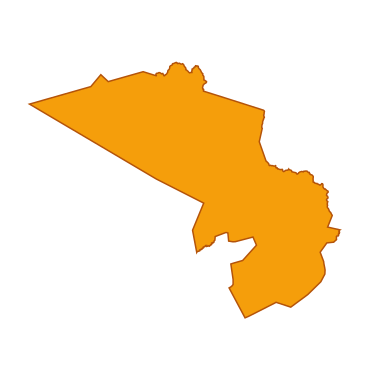 the district of Bulolo District, Morobe, Papua New Guinea, rotated 164°
{"feature_id": "67681753B86108611128530", "entity_name": "Bulolo District", "entity_type": "district", "adm_level": 2, "iso_a3": "PNG", "parent_name": "Papua New Guinea", "parent_adm1": "Morobe", "projection": "albers", "projection_center": [146.652, -7.383], "detail": "fine", "context": "isolated", "style": "filled", "palette": "amber", "viewbox_px": 384, "rotation_deg": 164, "n_neighbors": 0, "source": "geoboundaries", "source_scale": "gbopen_adm2", "svg_char_len": 5875}
<svg xmlns="http://www.w3.org/2000/svg" viewBox="0 0 384 384"><g transform="rotate(164 192 192)"><path d="M324.0,321.3L222.7,214.3L183.8,178.1L202.0,155.1L204.1,132.6L203.4,133.3L202.1,133.2L201.1,133.3L200.8,133.9L200.5,133.6L199.9,134.2L199.3,134.4L199.2,134.1L198.8,134.2L198.3,134.2L198.2,134.6L197.8,134.8L197.5,135.1L197.3,135.0L196.9,135.1L196.5,135.1L196.3,135.9L196.0,136.0L195.5,135.8L195.1,136.0L194.8,135.9L194.1,136.5L193.7,136.8L193.3,136.7L193.5,136.4L193.5,136.1L193.1,135.6L191.9,135.6L191.5,136.0L191.3,135.8L190.8,135.6L190.5,135.1L190.2,135.1L189.8,135.5L189.4,135.5L189.1,135.8L188.7,135.9L188.5,136.2L187.8,136.0L187.4,136.5L187.3,137.2L187.0,137.1L186.8,137.6L186.4,137.6L186.3,137.4L185.9,137.6L185.8,137.3L184.8,137.7L184.4,138.5L184.2,138.9L183.5,139.4L183.3,139.4L182.6,141.2L182.0,142.8L171.0,143.7L170.7,143.7L170.1,143.5L169.5,143.3L169.1,142.8L168.8,142.7L168.9,142.2L170.3,134.7L166.5,132.9L164.1,132.3L145.8,131.9L144.7,123.1L162.2,112.2L171.9,112.2L174.5,112.1L176.6,96.6L178.0,91.7L179.1,91.0L179.7,90.5L180.2,90.4L180.9,90.0L181.5,90.0L182.0,89.6L182.5,89.7L182.8,89.6L175.7,56.4L171.8,56.9L141.7,62.7L141.6,62.8L128.8,54.1L109.0,61.5L92.9,70.2L86.9,76.5L85.6,80.3L85.3,82.8L85.0,86.4L84.7,88.5L84.6,88.9L85.4,98.8L76.4,105.9L69.6,104.7L68.9,105.1L68.1,105.5L67.6,105.7L67.1,106.1L66.6,106.1L66.1,106.6L66.0,107.7L65.8,108.1L65.7,108.5L65.5,108.8L65.5,109.3L65.0,109.7L64.6,109.7L64.3,109.6L63.5,109.5L63.0,110.0L62.7,110.8L62.9,111.2L62.3,111.6L61.9,111.6L61.9,112.0L61.4,112.5L61.8,112.7L61.8,113.1L61.4,113.1L61.3,113.6L61.2,114.5L60.2,114.8L71.3,120.9L63.7,130.7L63.8,131.7L64.1,132.4L64.2,133.3L64.3,134.0L64.9,135.0L65.3,136.0L65.3,137.0L65.5,138.4L66.0,139.4L66.1,140.1L65.9,141.0L65.7,141.4L65.4,141.6L65.4,142.2L65.4,143.0L65.1,143.2L65.1,143.8L64.6,144.8L64.1,145.1L64.1,145.4L64.6,146.1L64.9,146.9L64.7,147.8L63.9,148.3L63.1,148.6L62.8,149.2L62.8,150.0L62.9,150.7L63.3,151.0L63.6,151.7L63.2,152.7L62.8,153.4L61.9,153.9L61.2,154.3L61.0,155.1L61.2,155.6L61.9,156.1L62.3,156.8L62.5,157.2L63.1,158.2L63.7,158.2L64.1,158.9L64.5,159.7L64.7,160.5L64.6,161.4L64.3,162.2L64.1,163.2L64.3,164.0L65.1,164.3L65.6,163.8L66.4,163.5L67.1,163.3L67.7,164.0L68.1,164.3L68.5,164.8L69.3,165.2L69.5,165.8L70.2,165.9L71.0,166.4L71.5,166.7L71.7,167.5L72.3,167.7L72.8,168.2L72.4,169.6L72.2,170.1L72.1,171.1L71.6,172.2L71.2,173.4L71.4,174.3L71.9,175.2L72.7,175.8L73.1,176.0L73.6,176.5L73.6,177.3L74.0,177.5L74.0,177.9L73.9,178.5L74.8,178.9L75.5,179.8L75.7,180.4L76.9,180.8L78.0,180.9L78.6,181.2L79.4,180.7L79.7,180.8L80.8,181.5L82.0,181.5L82.9,181.5L84.1,181.1L84.8,180.5L86.0,180.2L86.4,180.7L86.8,181.9L88.3,182.7L89.5,183.4L90.5,184.0L90.4,184.7L90.6,185.4L91.7,186.2L92.3,186.7L92.8,187.2L92.8,187.4L93.9,186.6L94.8,186.8L95.8,187.0L96.5,186.9L97.3,186.4L98.4,186.4L98.8,186.9L99.0,187.7L98.8,188.3L99.0,188.9L100.7,189.1L101.1,189.4L101.9,189.7L102.5,190.4L103.2,190.5L103.4,190.9L103.4,191.3L103.4,191.6L103.7,191.9L104.4,192.0L104.6,192.3L104.6,192.9L104.5,193.5L104.3,193.9L104.4,194.3L105.1,194.2L105.9,194.2L106.6,194.7L107.1,194.9L107.4,195.2L108.2,195.3L108.6,195.6L109.0,196.0L110.1,196.0L110.5,196.5L110.5,197.4L110.5,198.2L110.7,198.6L111.2,199.6L111.7,200.4L111.8,200.8L112.3,201.3L113.5,221.8L106.9,233.9L107.2,234.6L107.0,235.2L106.8,235.9L106.5,236.5L106.3,237.2L105.6,238.0L105.2,238.5L105.0,239.2L104.8,239.9L104.5,240.4L104.2,240.9L103.8,241.4L103.6,241.8L103.1,242.2L103.0,242.7L102.7,243.3L102.0,243.5L101.8,244.2L102.1,244.8L102.0,245.3L102.0,245.7L101.8,245.9L101.9,246.3L101.3,246.9L101.0,247.7L100.7,248.6L100.2,249.3L100.3,250.3L100.7,250.9L132.6,272.2L145.9,281.0L153.2,285.8L153.2,286.0L152.8,286.6L152.6,287.2L152.6,287.5L152.7,287.8L153.2,287.9L153.3,288.1L153.2,288.6L153.1,289.2L153.0,289.7L152.5,290.4L152.0,291.5L151.3,291.9L150.8,292.3L150.4,292.6L149.8,292.7L149.1,292.9L148.3,293.1L148.1,293.4L147.8,293.6L147.6,294.1L147.6,294.3L148.4,295.0L148.6,295.5L149.6,296.3L149.7,296.6L149.5,296.9L149.3,297.5L149.3,298.0L149.1,298.5L149.0,299.0L148.8,299.7L148.9,300.3L149.1,300.7L149.4,301.2L149.4,301.6L149.2,302.2L149.0,302.7L149.5,303.4L149.7,304.0L149.9,304.5L150.0,305.1L150.1,305.8L150.3,306.7L150.4,307.3L150.9,308.0L151.1,308.4L151.3,308.9L151.5,309.6L151.6,310.3L151.5,310.6L151.3,311.0L151.8,311.6L152.8,311.7L153.0,312.1L153.4,312.2L153.8,312.4L154.4,311.5L154.6,311.4L155.0,311.5L155.4,311.4L155.8,311.0L156.0,310.7L156.5,310.7L156.9,310.3L157.1,310.2L157.5,310.2L158.1,310.1L158.2,309.6L158.2,309.1L158.6,308.8L158.8,308.4L158.9,308.2L159.1,307.9L159.1,307.4L159.1,307.0L159.2,306.9L159.3,307.0L159.6,307.2L160.2,307.2L160.9,307.2L161.5,307.2L161.9,307.7L162.2,308.2L162.3,308.5L162.5,309.0L162.7,309.4L163.0,309.7L163.2,310.1L163.7,310.9L164.1,311.1L164.2,311.3L164.2,311.5L163.9,312.1L163.9,312.4L163.9,313.1L164.0,313.5L164.4,314.2L164.6,314.8L164.8,315.3L164.9,316.6L165.2,317.1L165.6,317.9L165.8,317.9L166.6,317.8L167.0,317.9L167.5,318.1L167.8,318.4L168.2,318.9L168.7,319.3L169.2,319.3L169.7,319.4L170.3,319.4L170.6,319.5L170.8,319.8L170.7,320.2L170.9,320.4L171.2,320.8L171.8,320.9L172.5,320.9L173.0,320.7L173.8,320.6L174.2,320.6L174.9,320.7L175.3,320.6L175.6,320.4L175.7,319.9L176.2,319.6L176.9,319.4L177.7,319.3L178.4,319.0L178.7,318.8L178.9,318.4L179.4,317.1L180.3,316.0L180.7,315.9L181.2,315.7L181.6,315.4L181.9,315.0L182.1,314.6L182.2,314.1L182.4,313.7L183.1,313.2L183.5,312.8L183.8,312.5L184.3,312.2L184.6,312.1L185.1,312.1L185.5,311.9L185.7,311.6L186.4,311.4L186.8,311.4L187.0,311.7L186.9,312.1L187.1,312.5L187.2,312.8L187.3,313.3L187.3,313.7L187.4,314.0L187.7,314.0L188.2,314.0L188.7,314.0L188.9,314.2L189.3,314.8L189.6,315.1L190.0,315.5L190.3,315.6L190.7,315.9L190.8,315.9L192.3,315.6L192.9,315.8L193.5,315.8L194.1,315.3L194.4,314.8L194.3,314.3L194.1,313.6L193.9,313.3L205.8,321.1L242.1,321.2L247.3,329.9L260.2,321.2L324.0,321.3Z" fill="#f59e0b" stroke="#b45309" stroke-width="1.5"/></g></svg>